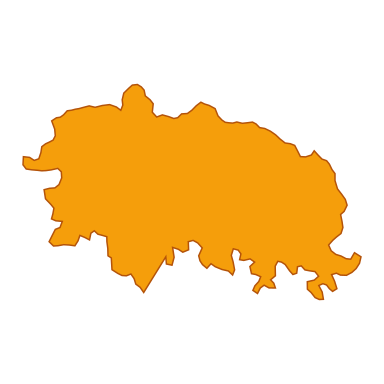 Erval Velho, Santa Catarina, Brazil (Equal Earth projection)
{"feature_id": "56859067B44756131485469", "entity_name": "Erval Velho", "entity_type": "district", "adm_level": 2, "iso_a3": "BRA", "parent_name": "Brazil", "parent_adm1": "Santa Catarina", "projection": "equal_earth", "projection_center": [-51.416, -27.284], "detail": "fine", "context": "isolated", "style": "filled", "palette": "amber", "viewbox_px": 384, "rotation_deg": 0, "n_neighbors": 0, "source": "geoboundaries", "source_scale": "gbopen_adm2", "svg_char_len": 2872}
<svg xmlns="http://www.w3.org/2000/svg" viewBox="0 0 384 384"><path d="M314.2,150.8L311.4,155.0L305.6,156.9L300.4,156.6L297.9,151.6L294.7,145.4L290.3,143.7L285.1,143.0L279.9,138.9L275.8,135.0L270.4,131.2L264.8,128.5L259.6,127.6L256.1,124.0L252.5,122.1L247.1,122.8L242.3,123.3L236.8,122.0L232.8,123.1L229.0,122.8L225.2,122.3L222.0,120.1L218.0,115.9L215.1,108.6L209.1,105.4L204.5,104.0L200.9,102.2L196.3,105.7L191.9,110.2L187.4,113.5L181.6,113.9L177.7,117.7L173.8,118.5L168.6,116.6L162.4,114.9L156.7,117.0L152.3,112.2L153.2,103.8L150.1,99.8L145.3,95.9L144.1,90.1L141.3,86.9L137.4,84.5L132.3,85.1L128.8,88.2L123.8,93.1L122.2,99.8L122.8,105.1L120.8,110.3L116.4,107.0L109.6,104.6L102.3,105.5L95.1,107.3L89.2,105.9L83.0,107.5L79.0,108.6L75.4,109.2L71.6,110.2L67.2,110.8L63.6,114.8L60.3,117.2L56.4,117.8L51.7,120.9L54.7,129.1L55.3,135.8L53.1,140.1L49.1,142.2L45.6,143.8L41.8,146.7L40.9,152.6L38.8,158.8L34.2,160.4L29.6,157.4L23.4,156.7L23.0,164.8L26.2,169.0L31.6,169.8L37.6,170.3L41.7,170.8L45.9,170.6L51.1,169.9L57.8,168.4L61.3,171.8L61.7,177.9L59.0,184.6L54.9,187.9L49.5,188.3L44.1,189.7L45.5,198.8L51.1,204.7L53.9,208.2L52.9,213.8L51.5,218.9L55.8,220.8L62.3,221.4L60.0,227.5L55.3,229.4L52.3,235.3L49.1,241.7L53.5,246.0L58.1,245.7L63.6,244.7L69.2,245.0L74.9,245.8L78.0,240.9L79.9,235.4L84.9,237.5L89.5,239.9L90.9,233.2L94.3,230.8L97.9,234.2L102.1,235.3L106.8,236.7L106.9,241.7L107.8,248.5L108.0,255.8L111.3,257.9L112.0,269.7L117.8,273.4L122.0,275.5L126.4,275.8L130.9,274.0L134.1,278.6L135.8,284.1L140.1,287.3L143.7,292.5L165.8,256.8L166.4,264.0L172.0,265.2L174.1,257.3L172.6,247.4L178.4,249.3L182.8,252.2L188.6,249.8L188.3,241.7L193.1,240.4L197.7,242.9L202.2,247.9L198.7,255.8L200.0,260.8L202.5,264.6L206.9,268.3L211.0,263.7L215.2,266.7L222.0,269.5L228.4,271.0L232.6,275.0L234.6,269.9L233.1,261.9L231.3,255.4L233.3,248.8L238.2,250.1L240.9,253.9L239.6,259.7L243.8,260.4L250.1,258.9L254.6,262.1L249.9,266.5L251.5,273.7L255.7,274.5L260.7,276.7L258.8,281.5L254.9,285.8L252.9,290.4L257.5,293.5L260.3,288.0L264.1,285.2L269.0,287.9L275.4,288.0L273.8,283.2L270.6,279.8L275.4,275.8L275.2,266.2L277.8,261.3L281.5,262.1L285.2,264.5L289.6,270.8L292.9,274.5L296.7,273.2L297.5,266.7L301.3,265.9L304.9,269.9L309.6,270.8L315.0,271.6L318.6,276.2L314.3,280.1L307.3,281.7L307.4,289.2L311.1,292.5L315.1,297.6L319.3,299.5L323.4,299.3L322.2,292.1L318.8,285.5L322.9,283.7L326.6,285.0L329.4,288.7L332.6,291.4L336.9,288.7L334.6,281.3L331.6,274.6L336.4,273.2L340.5,275.1L346.5,275.3L351.9,272.4L356.1,268.6L359.5,263.3L361.0,256.8L354.5,252.7L350.7,259.2L346.1,258.7L341.0,256.0L335.8,254.4L331.2,250.8L328.6,245.0L332.9,240.2L336.6,236.9L341.0,233.5L342.9,227.5L342.0,221.4L340.6,214.5L344.1,211.4L347.1,205.2L345.3,199.4L341.9,194.6L337.5,188.9L335.0,180.6L335.0,173.6L332.0,169.6L329.4,164.2L326.6,160.7L322.0,159.1L317.8,154.8L314.2,150.8Z" fill="#f59e0b" stroke="#b45309" stroke-width="1.5"/></svg>